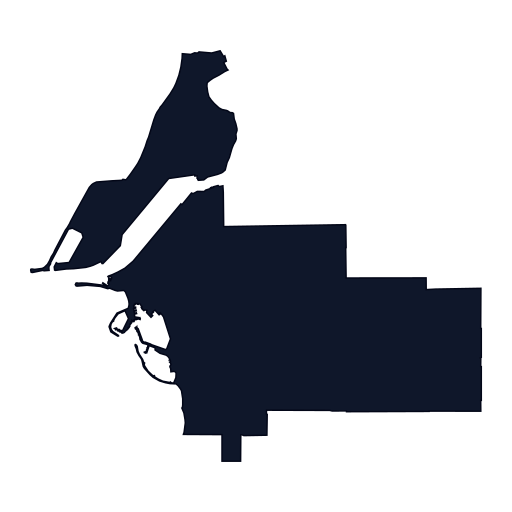 Fremantle, Western Australia, Australia (Albers equal-area conic projection)
{"feature_id": "25037944B1530675969406", "entity_name": "Fremantle", "entity_type": "district", "adm_level": 2, "iso_a3": "AUS", "parent_name": "Australia", "parent_adm1": "Western Australia", "projection": "albers", "projection_center": [115.749, -32.052], "detail": "fine", "context": "isolated", "style": "filled", "palette": "ink", "viewbox_px": 512, "rotation_deg": 0, "n_neighbors": 0, "source": "geoboundaries", "source_scale": "gbopen_adm2", "svg_char_len": 6050}
<svg xmlns="http://www.w3.org/2000/svg" viewBox="0 0 512 512"><path d="M480.8,411.2L480.7,400.4L481.3,400.4L481.3,366.6L480.7,366.6L480.8,358.6L480.3,358.0L481.3,357.4L481.3,328.5L480.7,328.5L480.9,288.3L435.7,289.1L426.2,289.6L426.1,277.9L346.1,278.0L345.7,247.6L346.1,247.6L345.8,225.4L345.6,225.4L345.5,224.7L223.7,226.6L223.3,192.4L222.9,185.8L219.2,186.6L218.1,185.5L213.3,186.8L213.5,187.4L211.8,188.0L211.6,187.3L210.5,187.8L210.6,188.5L205.7,190.1L204.2,191.5L197.3,191.4L193.7,193.4L192.4,193.4L191.5,193.0L182.0,204.7L180.9,203.8L133.1,261.2L124.9,268.2L118.0,272.0L112.2,274.7L108.3,276.1L107.9,276.6L108.4,277.1L111.1,276.7L111.7,277.3L111.4,278.9L108.7,278.6L108.7,279.1L110.9,279.4L110.6,280.7L108.7,280.4L108.5,281.5L108.9,281.6L108.7,282.4L108.0,282.2L107.9,283.4L109.0,284.0L108.7,285.1L107.4,285.8L102.9,282.8L102.6,283.3L107.3,286.4L106.9,287.1L105.5,286.0L103.7,285.3L86.8,283.2L81.4,283.0L78.4,283.2L76.9,282.9L76.0,283.1L75.3,284.7L76.2,286.0L77.4,286.1L87.1,285.3L100.2,286.4L107.8,288.7L109.6,288.2L115.1,290.4L117.5,291.0L123.2,290.5L124.1,290.6L125.4,291.9L128.0,298.3L128.8,301.2L129.1,304.0L128.9,305.8L128.2,308.3L117.0,313.1L110.6,323.1L109.3,326.0L109.1,326.8L110.9,331.9L117.7,336.1L118.5,336.0L118.5,335.5L112.4,331.3L112.0,330.4L111.4,330.0L110.5,327.0L111.1,323.9L112.3,321.9L113.6,321.1L113.7,320.1L115.0,317.7L118.1,313.8L125.0,310.7L128.5,318.6L122.3,331.2L121.7,331.3L121.3,330.5L119.6,330.2L119.4,329.6L118.6,329.9L118.0,329.2L116.8,328.9L116.6,328.2L116.1,328.6L115.9,328.1L114.6,328.5L115.7,329.3L115.7,329.7L116.3,329.5L117.6,330.1L117.6,330.8L119.1,331.1L119.4,331.6L119.6,331.4L121.3,332.4L122.4,332.7L122.3,333.1L123.3,332.9L124.5,332.3L124.9,331.5L125.9,330.8L126.0,330.3L126.3,330.0L126.8,330.1L127.3,329.3L128.1,328.8L128.0,328.2L128.9,327.7L128.6,327.4L129.0,327.2L129.5,326.3L129.8,326.2L129.7,325.6L130.0,324.9L129.9,324.8L130.2,324.5L130.1,323.9L131.0,323.6L130.8,323.0L131.5,322.7L131.3,322.3L131.8,322.0L131.4,321.8L132.0,321.6L131.9,320.8L132.1,321.0L132.6,320.7L132.6,321.0L133.6,321.0L133.6,321.6L133.9,321.6L134.4,320.7L133.8,320.2L135.0,319.1L135.3,319.4L135.6,319.2L136.0,319.6L136.3,319.1L136.9,319.3L137.1,319.0L137.4,319.2L138.3,318.9L140.1,319.5L140.3,318.7L140.1,318.2L139.9,318.5L139.6,318.3L139.3,317.6L134.7,316.9L134.5,314.1L136.6,313.6L136.3,312.8L134.4,313.1L134.0,311.3L136.3,310.9L136.0,309.9L133.9,310.4L133.5,308.6L135.7,308.1L135.6,307.1L133.8,307.4L133.7,306.3L133.9,306.4L134.4,304.4L135.2,304.5L135.3,303.4L137.2,303.5L137.2,304.2L138.2,304.3L138.2,303.6L139.8,303.9L142.0,306.6L141.2,307.2L142.2,308.5L141.9,308.7L142.6,309.6L142.9,309.4L143.9,310.6L144.8,309.9L147.0,310.4L146.6,312.6L151.0,317.3L152.7,315.6L151.3,313.9L153.3,312.3L152.8,311.8L155.0,310.2L159.1,314.8L159.8,314.4L159.2,313.4L160.2,312.7L161.5,314.1L163.5,316.9L170.5,338.9L166.7,348.9L165.6,349.6L150.7,344.4L150.7,344.1L145.2,342.1L144.5,342.3L143.4,341.7L143.2,342.0L143.0,341.3L142.3,340.8L142.2,339.7L138.2,328.8L136.9,327.6L136.8,326.9L136.5,327.4L136.0,327.1L135.1,327.7L135.4,328.8L136.3,329.5L136.9,330.5L137.0,331.5L137.8,332.1L138.6,334.1L138.5,334.9L139.0,335.2L139.7,337.1L139.9,338.5L140.2,338.9L140.0,339.3L141.7,342.3L142.9,343.3L146.7,344.3L148.4,345.2L147.8,346.1L147.5,347.6L147.0,347.9L147.3,348.4L146.6,349.5L146.5,350.8L145.6,351.8L144.3,352.1L144.3,352.5L145.6,353.1L145.9,352.7L146.7,352.9L149.2,345.6L155.2,347.9L155.1,350.0L160.0,353.3L166.1,355.1L167.7,356.2L168.9,357.7L169.7,359.2L169.3,360.1L170.2,360.2L170.5,361.2L170.4,361.6L169.6,362.1L170.6,363.1L171.0,364.6L169.9,366.2L170.1,367.5L170.7,368.5L170.9,371.8L174.0,371.4L174.8,371.7L175.6,372.1L176.1,373.4L175.9,377.7L173.6,383.1L171.4,382.8L170.4,382.0L170.0,382.4L168.6,382.3L162.8,381.2L158.4,379.2L155.6,377.5L154.5,376.7L154.6,376.0L154.3,375.6L153.6,376.0L152.2,375.1L148.0,371.1L144.6,365.9L144.2,364.7L144.6,363.0L143.7,362.4L142.6,359.4L139.3,354.3L138.0,351.3L137.2,346.5L136.5,345.2L135.5,344.5L135.2,344.6L135.1,345.7L136.4,348.8L137.1,351.9L139.1,355.6L141.3,358.7L141.9,360.2L143.3,366.4L144.5,368.4L150.1,374.6L153.1,377.3L159.5,380.9L165.4,382.7L170.0,383.6L176.1,383.9L178.2,385.8L180.7,389.2L181.5,390.8L182.7,398.7L182.7,405.0L182.3,408.0L181.9,408.1L183.9,412.9L185.0,419.4L185.3,422.9L183.9,433.7L183.6,433.6L183.4,434.4L222.0,434.6L222.0,461.2L240.6,461.2L240.8,434.7L242.0,434.8L243.8,435.6L266.9,435.2L267.2,414.3L266.4,414.1L266.5,410.2L329.8,410.4L332.2,411.0L346.5,410.9L346.5,411.7L429.1,411.4L429.1,411.1L480.8,411.2ZM182.3,53.7L182.1,58.4L180.9,67.1L178.9,75.3L175.9,83.5L173.9,87.7L170.1,93.9L162.1,105.0L160.1,107.3L159.6,108.5L157.1,112.1L155.7,114.9L153.9,119.7L148.6,137.2L147.2,140.5L145.2,146.8L140.8,157.6L137.8,163.4L135.7,166.6L130.4,174.2L126.5,179.3L125.7,179.8L122.9,179.3L121.8,180.3L112.1,180.8L96.5,182.0L93.3,183.5L91.8,184.6L89.3,187.4L74.7,213.7L70.5,221.6L69.6,223.6L67.3,227.5L65.4,230.1L54.9,250.1L53.6,253.1L51.3,256.7L49.5,260.8L47.5,264.3L44.4,267.3L42.3,268.4L34.7,269.4L31.8,269.0L30.8,269.3L30.7,270.1L31.1,272.2L32.1,272.5L33.0,272.4L42.7,270.4L44.1,270.8L49.1,270.4L48.9,269.1L48.9,266.6L50.6,263.8L50.2,263.4L68.5,229.2L72.4,228.2L81.8,232.9L83.2,237.3L69.1,262.5L57.7,263.6L56.3,262.7L54.2,266.9L54.6,270.1L55.3,270.4L66.2,269.0L73.7,268.7L85.8,267.4L90.3,266.2L93.2,265.2L100.8,261.6L102.1,263.6L102.9,263.6L120.3,245.7L122.1,234.6L168.7,178.5L194.7,174.8L194.8,176.0L197.1,175.8L197.1,178.3L197.8,178.4L197.7,179.4L198.3,180.3L203.8,179.9L207.6,177.0L217.5,174.4L221.5,172.9L222.8,172.1L225.2,170.0L227.1,162.4L229.3,157.7L231.9,148.6L233.5,144.6L235.6,140.9L236.3,138.7L235.9,134.0L237.0,130.5L237.0,128.8L235.8,123.6L234.2,119.0L233.5,113.4L232.4,112.7L230.0,112.5L227.7,110.9L226.4,110.4L222.0,109.5L220.5,108.7L219.0,107.9L214.2,103.5L211.3,100.2L208.9,96.8L207.7,92.1L206.9,86.2L207.1,83.1L207.6,82.3L210.3,80.1L213.2,78.1L219.0,75.1L224.8,71.5L228.0,70.0L227.0,69.0L223.7,62.5L226.3,61.2L224.8,55.8L223.6,56.6L220.1,50.8L211.7,53.0L199.0,51.9L197.5,53.1L194.6,52.8L190.8,54.4L182.3,53.7Z" fill="#0f172a" stroke="#020617" stroke-width="1.5"/></svg>